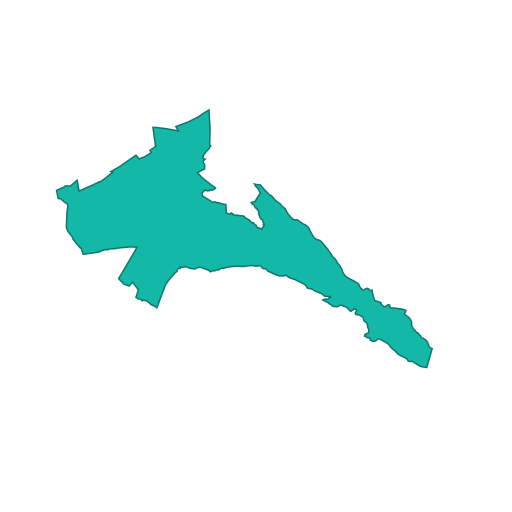 outline of Huejotzingo, Puebla, Mexico, rotated 212°
{"feature_id": "50627088B90352297212669", "entity_name": "Huejotzingo", "entity_type": "district", "adm_level": 2, "iso_a3": "MEX", "parent_name": "Mexico", "parent_adm1": "Puebla", "projection": "orthographic", "projection_center": [-98.474, 19.164], "detail": "fine", "context": "isolated", "style": "filled", "palette": "teal", "viewbox_px": 512, "rotation_deg": 212, "n_neighbors": 0, "source": "geoboundaries", "source_scale": "gbopen_adm2", "svg_char_len": 6105}
<svg xmlns="http://www.w3.org/2000/svg" viewBox="0 0 512 512"><g transform="rotate(212 256 256)"><path d="M57.5,270.8L59.9,270.5L62.4,271.6L63.0,272.4L65.0,273.9L68.2,274.8L70.8,274.8L71.9,274.2L74.1,275.4L78.1,276.6L79.7,276.4L81.3,277.1L82.7,277.2L84.3,277.8L87.3,279.6L88.0,280.4L88.2,281.5L89.6,282.9L92.4,284.5L94.9,285.0L99.1,285.3L99.5,285.6L99.6,286.2L99.6,288.1L100.1,289.2L100.8,289.3L105.5,287.8L107.0,286.9L110.7,285.5L114.0,283.3L115.0,283.5L116.8,285.3L118.2,284.6L118.8,283.0L119.5,281.9L121.0,280.7L125.0,281.8L125.3,282.7L128.5,282.0L131.7,281.0L137.8,286.5L139.0,288.0L139.0,287.7L140.0,287.8L140.8,287.3L142.4,287.7L143.9,287.7L144.7,287.5L145.1,287.1L146.9,283.7L147.9,283.8L149.3,284.2L150.7,284.3L153.8,286.4L155.5,286.8L156.9,286.6L158.7,286.8L164.4,286.3L168.9,286.2L169.9,286.4L173.8,288.2L175.9,290.1L180.8,292.6L183.7,293.5L185.6,294.7L188.2,295.7L190.7,296.0L194.6,298.1L196.7,298.6L198.8,299.8L207.0,302.4L210.0,303.1L213.2,302.2L216.5,302.3L221.4,304.8L226.2,307.8L227.8,308.2L230.4,308.5L232.9,308.2L240.3,308.6L241.6,307.6L243.1,306.9L245.0,307.0L247.3,307.4L251.1,308.7L252.9,309.5L256.3,311.6L260.9,312.1L263.1,313.1L268.3,313.3L274.6,315.2L276.7,315.0L278.3,315.2L280.0,315.9L282.8,316.3L283.5,316.7L285.7,317.2L290.0,318.6L293.3,317.0L295.2,316.3L294.6,316.1L294.4,315.7L293.7,315.1L292.0,314.8L288.8,313.7L287.4,312.6L285.5,311.6L285.7,311.1L285.8,306.0L285.8,301.8L285.5,301.8L288.0,299.5L288.4,298.7L286.8,298.1L285.3,298.3L283.8,297.7L282.2,296.6L281.2,296.5L280.9,296.9L280.5,297.0L279.9,296.8L279.6,296.3L279.7,296.1L279.3,295.8L278.0,295.5L276.9,294.9L276.6,293.7L273.4,290.9L271.2,290.0L270.0,290.1L269.4,289.9L268.7,289.0L266.2,287.5L266.5,286.6L265.3,286.4L265.5,283.2L265.2,281.9L266.2,281.5L266.9,281.8L267.7,281.4L268.7,281.4L269.3,280.5L271.4,281.4L272.1,282.1L272.4,281.8L273.2,281.9L273.6,282.1L273.9,282.1L274.8,282.4L275.6,282.9L276.1,282.3L277.7,282.1L279.0,282.6L280.0,282.6L280.7,283.0L285.9,282.7L287.0,283.4L288.7,282.9L289.7,282.4L289.7,282.2L291.4,281.5L291.6,281.2L293.3,280.9L294.2,280.0L294.9,279.9L295.0,279.6L296.2,279.1L297.4,279.3L297.8,278.8L298.3,279.1L298.5,279.5L298.8,279.2L300.0,279.3L300.2,278.2L300.5,277.5L304.3,276.7L305.3,278.8L308.9,283.7L311.4,282.5L316.4,281.3L317.4,280.6L319.4,280.2L320.0,279.8L321.2,278.6L333.1,278.6L334.8,280.2L335.1,281.3L334.3,284.0L334.2,285.1L332.0,285.3L331.3,286.3L330.3,286.3L329.8,288.0L328.4,288.4L327.1,289.7L326.8,290.4L326.4,292.3L330.2,292.6L332.3,292.5L334.7,293.0L336.9,293.1L344.6,294.1L346.8,294.9L349.7,295.4L347.7,299.5L345.7,302.4L347.5,305.7L348.5,306.6L349.8,307.1L350.6,307.7L351.0,308.3L351.1,308.7L350.4,311.2L352.1,310.6L353.0,310.7L353.3,311.7L353.3,312.5L353.7,313.0L354.0,313.1L353.8,315.9L353.1,320.7L352.9,321.7L352.5,322.3L353.0,323.4L352.7,325.4L354.4,326.0L362.3,339.5L373.3,354.9L376.9,347.7L378.3,343.9L384.8,333.4L392.6,323.3L387.9,320.9L391.8,319.5L400.1,316.2L406.8,313.0L407.5,312.8L411.6,310.5L399.3,295.8L399.1,295.9L399.8,294.0L401.9,289.4L399.6,288.3L402.8,281.5L406.5,276.4L411.2,277.9L419.0,259.6L423.8,250.7L421.9,251.1L424.7,242.9L427.9,235.3L428.4,235.6L432.0,229.8L440.5,217.3L447.8,225.5L450.4,217.2L450.8,216.7L454.3,214.8L455.1,213.8L455.6,212.2L457.4,209.9L459.9,205.9L454.2,199.9L451.7,201.1L450.6,200.7L448.8,200.6L447.8,200.2L444.0,200.3L442.1,198.8L438.9,191.8L431.9,179.7L428.6,177.1L425.3,176.1L420.3,174.1L420.3,173.4L413.3,170.9L409.4,169.7L409.3,170.2L408.5,170.1L403.5,165.8L391.5,175.9L388.4,180.3L386.5,181.9L384.8,183.0L384.4,183.6L384.5,183.7L384.4,183.9L383.7,184.5L379.6,187.4L378.2,188.6L378.3,188.8L367.3,197.2L361.7,200.3L361.4,197.7L360.5,164.2L359.5,163.7L352.9,162.1L347.7,163.3L346.7,168.4L337.7,164.9L335.9,157.3L334.9,157.6L333.3,157.1L332.2,157.8L330.1,158.2L328.9,157.6L328.0,158.7L326.4,159.7L325.7,159.9L322.4,159.8L320.0,159.4L319.6,159.1L317.2,159.4L316.8,159.7L316.1,159.6L314.6,159.9L313.0,159.4L312.6,159.5L317.4,183.1L317.3,188.5L316.9,191.6L315.6,199.1L314.8,201.1L315.3,201.9L315.4,203.5L315.1,204.5L314.4,205.0L313.6,205.3L313.6,205.7L314.5,206.7L313.1,207.1L311.6,208.1L309.9,209.8L305.5,210.5L301.5,212.3L300.8,212.8L300.4,213.9L298.6,216.0L297.2,217.0L287.9,219.0L287.5,218.5L286.3,218.4L284.6,220.8L282.8,221.9L282.0,223.5L280.2,224.4L279.8,225.7L278.8,227.2L278.0,227.9L277.1,228.2L275.3,230.4L272.7,232.8L265.3,238.3L264.8,238.3L264.6,238.8L263.2,239.1L259.7,241.4L259.6,241.7L256.5,244.2L254.2,245.8L252.6,246.6L250.9,247.0L247.8,249.8L246.7,250.1L244.3,249.2L243.1,249.1L241.7,250.0L240.6,250.2L240.2,250.1L239.9,250.3L238.7,249.7L237.5,249.5L236.4,249.6L235.3,250.1L235.1,249.9L234.6,250.2L233.5,249.9L232.9,250.3L231.9,250.1L230.5,250.7L230.2,250.4L229.4,250.4L227.6,251.2L225.9,251.3L225.1,251.8L224.8,252.2L223.6,252.5L222.2,253.9L221.8,253.9L221.6,254.6L221.1,254.8L221.0,255.2L220.7,255.2L220.0,255.8L218.8,255.4L216.2,255.3L213.2,255.9L210.7,256.7L207.9,256.8L202.8,257.5L200.3,257.6L199.0,257.5L197.5,257.1L195.4,256.0L190.6,257.7L187.6,257.5L179.9,258.9L176.9,258.2L175.8,258.4L174.7,259.4L173.2,260.0L172.3,260.7L171.3,261.0L170.8,260.4L171.4,259.9L172.3,257.6L175.3,255.3L176.0,254.1L170.4,254.6L168.8,254.3L166.3,254.4L164.1,254.1L160.4,255.8L159.7,256.6L159.1,258.2L158.5,259.1L157.3,259.9L155.2,259.7L154.3,260.2L151.9,260.5L149.8,260.1L147.7,259.3L146.3,259.4L146.0,259.6L145.4,261.4L144.9,262.0L144.8,263.6L143.7,263.7L142.8,263.7L141.9,263.2L141.5,262.6L141.8,260.8L141.2,259.8L140.4,259.3L139.9,259.7L139.1,259.6L138.7,260.3L137.8,260.6L133.1,260.8L131.9,260.1L130.7,258.8L129.7,258.2L127.7,257.9L126.5,257.9L125.9,257.6L125.7,257.1L124.0,255.8L123.5,254.7L122.6,254.1L122.1,254.0L120.1,251.3L119.9,250.3L120.4,249.6L121.3,248.8L121.3,247.3L122.0,247.2L121.6,245.6L118.0,245.8L115.9,246.8L114.7,245.3L114.1,245.2L113.5,245.4L111.8,245.4L110.3,246.5L109.3,247.8L108.7,250.3L107.9,250.9L105.4,251.3L102.2,251.3L101.4,251.6L96.8,251.4L93.2,250.0L90.6,249.4L88.1,249.2L84.2,248.2L80.7,248.0L79.5,248.4L78.4,248.2L75.8,248.9L74.7,248.6L73.1,248.7L71.4,247.6L70.5,247.7L67.3,249.5L59.3,249.4L57.6,249.6L52.1,251.9L57.5,270.8Z" fill="#14b8a6" stroke="#0f766e" stroke-width="1.5"/></g></svg>